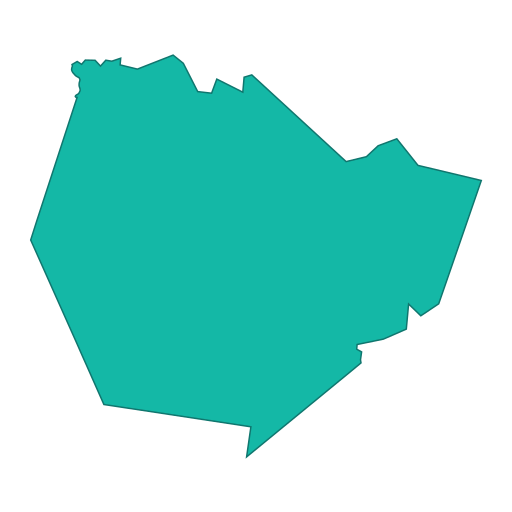 outline of Warren, Kentucky, United States of America
{"feature_id": "52423323B42850275456699", "entity_name": "Warren", "entity_type": "district", "adm_level": 2, "iso_a3": "USA", "parent_name": "United States of America", "parent_adm1": "Kentucky", "projection": "robinson", "projection_center": [-86.485, 36.983], "detail": "fine", "context": "isolated", "style": "filled", "palette": "teal", "viewbox_px": 512, "rotation_deg": 0, "n_neighbors": 0, "source": "geoboundaries", "source_scale": "gbopen_adm2", "svg_char_len": 926}
<svg xmlns="http://www.w3.org/2000/svg" viewBox="0 0 512 512"><path d="M251.8,74.9L244.1,77.2L242.8,92.2L216.8,79.1L211.6,93.2L197.7,91.6L183.3,63.3L173.1,55.1L137.4,69.1L120.1,64.9L120.7,58.2L111.8,61.2L105.8,60.2L100.5,66.1L95.1,60.3L85.3,60.1L81.6,64.3L77.2,61.5L72.0,64.5L72.4,65.8L72.2,66.8L71.8,67.9L71.6,69.4L71.7,70.2L72.2,71.5L73.0,72.8L75.3,75.4L76.3,76.2L79.2,77.8L80.0,79.7L79.9,80.5L79.3,82.4L79.1,83.9L79.1,85.5L79.3,86.6L80.0,88.7L80.2,90.3L79.8,91.4L78.9,93.2L77.7,94.3L76.8,94.7L75.6,95.6L75.3,96.6L76.1,97.4L77.1,97.4L36.9,220.5L30.7,240.0L77.3,344.4L81.2,353.3L87.3,367.0L103.9,404.5L250.9,426.8L246.6,456.9L306.8,407.5L351.6,370.7L361.0,362.9L360.5,359.8L361.6,351.9L356.7,349.2L357.1,344.5L383.4,339.1L406.3,329.1L408.6,304.0L420.8,315.8L438.7,303.8L458.8,245.7L481.3,180.5L418.0,165.4L396.8,138.8L378.2,145.7L366.4,156.7L346.1,161.6L251.8,74.9Z" fill="#14b8a6" stroke="#0f766e" stroke-width="1.5"/></svg>